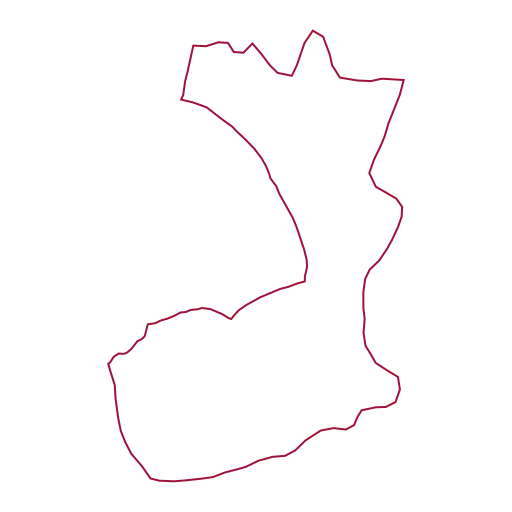 Ndokwa West, Delta, Nigeria (Natural Earth projection)
{"feature_id": "59680162B28606864431003", "entity_name": "Ndokwa West", "entity_type": "district", "adm_level": 2, "iso_a3": "NGA", "parent_name": "Nigeria", "parent_adm1": "Delta", "projection": "natural_earth1", "projection_center": [6.332, 5.825], "detail": "fine", "context": "isolated", "style": "outline", "palette": "rose", "viewbox_px": 512, "rotation_deg": 0, "n_neighbors": 0, "source": "geoboundaries", "source_scale": "gbopen_adm2", "svg_char_len": 2030}
<svg xmlns="http://www.w3.org/2000/svg" viewBox="0 0 512 512"><path d="M150.5,478.5L159.5,480.7L174.3,481.3L185.3,480.4L201.3,478.7L212.9,477.1L225.1,472.4L237.3,469.3L245.7,466.9L258.5,460.7L272.6,456.8L284.9,455.9L295.1,450.5L305.4,440.5L312.1,436.1L320.8,430.5L333.6,428.1L345.9,429.5L354.0,425.1L357.2,417.7L358.1,416.0L361.6,410.3L375.7,407.3L385.6,407.0L395.5,402.1L399.9,389.5L398.0,377.0L385.9,369.6L375.7,362.9L372.6,357.5L370.6,354.0L365.5,345.7L363.5,332.8L364.7,319.1L363.4,308.4L363.3,292.5L364.3,285.4L365.2,278.8L369.7,269.6L379.3,260.4L387.0,248.9L392.1,239.7L397.8,227.5L401.6,216.9L402.2,207.0L396.4,198.7L387.7,193.6L387.4,193.4L375.8,186.7L369.3,173.1L373.8,160.1L380.8,145.6L382.7,141.1L384.6,136.4L388.4,123.5L394.8,107.5L399.9,94.5L403.7,80.0L381.8,78.7L370.9,81.1L357.4,80.5L340.0,77.6L332.2,65.5L329.6,54.1L323.1,36.7L317.3,33.3L312.8,30.7L304.5,43.0L296.9,65.1L291.8,75.8L284.7,74.3L277.6,72.9L269.9,65.3L260.8,53.3L252.4,43.5L243.5,52.7L233.8,52.0L228.0,42.9L218.3,42.3L206.1,46.2L193.3,45.6L187.6,71.5L185.1,81.4L183.2,95.1L181.1,99.6L185.8,100.7L193.1,102.5L200.3,105.0L206.9,107.5L221.2,118.7L232.3,126.7L236.8,131.5L245.3,139.4L254.4,148.8L261.5,158.2L266.0,166.0L269.1,173.7L270.4,178.3L276.2,186.1L277.4,189.0L279.3,193.8L292.8,217.9L296.0,225.6L298.5,232.6L299.3,235.2L301.0,240.2L304.1,249.5L306.6,259.5L307.1,266.3L305.7,273.1L304.9,276.1L304.8,281.4L304.6,281.5L297.5,283.4L288.2,286.9L280.2,288.9L260.2,297.3L246.2,305.1L239.5,309.7L238.8,310.2L234.1,315.3L231.3,319.0L228.7,318.1L222.2,314.1L210.4,309.1L201.8,308.0L197.9,309.2L190.6,310.0L185.8,312.0L180.4,312.5L174.6,315.7L167.3,318.7L160.5,320.6L155.3,323.2L147.8,324.3L144.8,336.0L143.5,337.4L143.1,338.0L140.2,339.9L138.0,340.9L137.3,341.3L134.0,345.6L131.5,348.7L127.3,352.4L125.3,353.4L122.6,353.9L121.0,353.6L118.5,353.6L113.8,356.7L110.1,362.4L108.3,363.7L109.6,368.7L114.8,385.3L115.5,398.2L118.2,418.0L120.8,430.9L125.3,442.2L131.2,453.6L142.1,466.4L144.7,470.1L150.5,478.5Z" fill="none" stroke="#9f1239" stroke-width="2"/></svg>